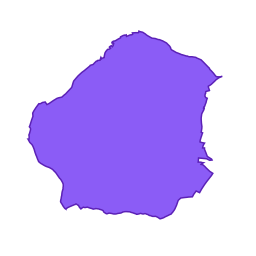 the district of Ludos, Sibiu, Romania, rotated 262°
{"feature_id": "2599482B73339255200359", "entity_name": "Ludos", "entity_type": "district", "adm_level": 2, "iso_a3": "ROU", "parent_name": "Romania", "parent_adm1": "Sibiu", "projection": "orthographic", "projection_center": [23.908, 45.934], "detail": "fine", "context": "isolated", "style": "filled", "palette": "violet", "viewbox_px": 256, "rotation_deg": 262, "n_neighbors": 0, "source": "geoboundaries", "source_scale": "gbopen_adm2", "svg_char_len": 5743}
<svg xmlns="http://www.w3.org/2000/svg" viewBox="0 0 256 256"><g transform="rotate(262 128 128)"><path d="M222.4,152.3L221.8,152.1L221.0,151.7L221.0,151.3L221.1,150.3L221.3,149.1L221.6,145.6L221.1,145.7L220.1,145.6L219.8,144.7L219.9,143.1L219.8,142.6L219.6,142.0L218.9,139.3L220.5,139.2L220.4,138.8L220.3,137.7L220.5,137.5L220.3,136.1L219.3,133.3L218.4,133.2L217.1,129.8L216.4,128.3L216.0,126.9L216.0,125.5L215.1,124.0L214.3,124.0L214.2,124.3L214.1,125.5L213.7,125.6L213.1,125.4L212.7,124.7L211.8,124.9L210.7,123.8L211.9,122.9L211.5,122.2L211.2,121.4L210.7,120.8L209.4,121.8L209.0,121.2L208.7,120.3L208.7,118.7L207.5,117.4L206.9,116.7L205.6,115.7L203.6,114.9L202.1,114.4L201.1,114.2L201.1,113.5L200.8,113.1L200.7,111.9L200.8,111.7L200.7,111.5L200.3,111.5L200.1,111.4L200.2,111.2L200.9,111.3L201.7,111.0L200.7,110.5L199.0,109.8L199.1,108.1L199.1,107.2L198.5,106.7L198.6,105.9L196.8,103.5L195.8,102.4L195.3,99.3L194.6,98.7L190.8,92.5L189.8,90.6L189.4,89.9L186.7,86.0L184.9,83.9L182.4,81.1L182.0,80.7L181.6,80.5L180.4,79.9L176.6,78.2L176.0,77.8L175.7,77.5L174.1,75.5L172.2,73.1L170.3,70.8L170.0,70.1L168.9,68.4L168.1,67.3L167.8,66.7L167.7,66.1L167.7,65.4L167.5,63.0L167.3,62.3L167.1,61.3L166.7,60.6L165.6,58.0L163.2,53.2L162.9,52.2L162.5,51.0L165.3,49.6L165.2,48.4L165.2,47.0L165.0,46.3L164.8,46.1L164.5,45.3L164.3,44.5L164.3,43.8L164.5,43.2L164.4,43.0L161.0,39.7L158.0,37.1L156.0,35.7L152.8,35.5L149.2,33.6L144.1,31.2L143.0,30.5L142.6,30.6L142.2,31.0L141.5,31.3L140.6,31.4L139.8,31.2L139.0,30.9L136.3,29.7L134.9,28.9L133.6,28.9L132.8,28.9L130.4,28.2L130.7,27.5L127.5,28.7L126.6,29.3L125.1,30.5L124.2,30.9L123.4,31.2L122.4,31.5L120.0,32.1L117.1,32.5L114.0,33.1L113.1,33.4L109.0,34.3L108.1,34.7L107.5,34.7L107.0,34.9L106.9,35.1L105.9,35.9L105.0,36.8L104.0,38.1L103.4,38.8L102.3,40.2L101.3,41.7L99.8,44.6L98.8,45.9L97.6,47.4L97.3,47.7L95.4,49.0L94.3,49.9L93.3,50.5L87.7,53.3L87.3,53.7L86.5,54.2L85.2,54.8L83.7,55.4L81.7,56.0L79.3,55.8L78.6,55.5L76.8,55.2L74.4,54.1L73.0,53.6L70.5,53.0L69.0,52.4L67.5,52.0L66.6,51.6L64.8,51.0L64.2,51.0L63.6,51.2L61.4,52.2L59.6,52.9L57.4,54.1L56.7,54.7L56.3,55.2L56.6,55.2L56.7,55.3L56.9,55.7L57.1,56.4L57.6,57.2L57.7,57.7L58.4,60.0L58.5,60.6L58.8,61.4L59.1,62.8L59.4,63.6L59.5,64.1L59.5,64.8L60.0,65.6L60.0,66.0L59.7,66.4L59.5,66.7L58.8,67.3L58.5,67.9L57.7,68.4L56.6,68.7L55.1,69.6L54.4,70.1L54.9,70.9L55.5,72.0L55.8,72.8L55.7,73.0L55.4,73.7L55.2,74.3L55.2,75.0L55.3,76.5L55.3,76.8L55.0,77.3L54.0,79.2L53.2,81.1L52.7,81.9L52.5,82.3L52.5,82.5L52.6,83.3L52.5,84.1L52.7,84.7L52.7,84.9L52.3,86.3L52.2,86.6L51.9,87.8L51.5,88.4L50.6,90.5L50.1,91.1L49.8,91.7L49.6,91.9L49.2,92.0L48.7,92.1L48.3,92.2L47.3,93.2L46.7,93.9L46.2,94.5L46.0,95.0L46.0,95.6L46.3,96.9L46.3,97.7L46.1,98.4L45.5,100.3L45.0,101.4L44.8,102.2L44.6,103.6L44.6,104.7L44.8,105.9L44.8,106.9L44.8,108.4L44.8,109.2L45.2,110.4L45.3,110.7L45.5,111.2L45.6,112.7L45.5,114.4L45.2,115.8L45.0,116.8L44.8,117.6L44.8,118.0L44.5,118.6L44.0,119.3L43.5,120.6L42.8,122.0L42.4,122.7L42.1,123.5L41.7,124.0L41.4,124.3L41.3,125.6L41.4,126.6L41.5,127.5L41.7,128.1L41.7,128.4L41.6,128.8L40.9,130.4L40.7,131.2L40.8,132.0L40.9,132.8L40.8,133.2L40.6,133.6L40.1,134.4L39.5,135.7L39.0,136.3L38.6,136.7L38.4,137.0L38.1,138.1L37.2,139.7L37.0,140.3L36.9,141.0L36.8,141.9L36.7,142.7L36.7,143.1L36.4,143.6L35.3,145.2L34.3,146.3L33.7,146.9L33.6,147.1L33.8,148.8L34.2,150.8L34.9,152.5L35.6,154.9L36.4,157.2L36.6,158.1L36.6,158.4L37.1,159.1L37.5,159.4L37.9,160.0L38.3,160.5L38.8,160.9L40.0,162.1L41.5,163.3L43.3,164.4L44.7,165.3L47.7,166.8L49.4,167.7L51.3,170.5L51.3,173.8L51.2,176.2L51.2,178.4L51.1,179.3L50.9,182.2L52.1,183.1L53.1,183.8L56.1,186.7L54.0,189.9L57.3,192.4L61.2,195.8L63.8,198.3L69.4,204.1L71.3,205.7L72.3,204.5L72.6,204.2L73.6,203.0L76.0,201.1L77.5,199.9L79.1,198.8L80.4,197.7L81.1,197.1L81.4,196.4L81.7,195.8L81.7,195.3L81.8,195.2L82.1,195.6L82.2,195.9L82.5,196.4L82.9,197.4L83.1,197.9L83.2,197.6L83.5,196.3L83.8,196.0L83.9,195.4L84.3,194.5L84.2,193.9L84.5,192.7L85.4,193.0L88.5,193.7L86.6,201.5L86.4,201.8L84.9,204.0L84.6,204.5L84.6,205.0L84.6,206.8L85.2,206.6L85.6,206.4L88.8,202.6L92.7,201.7L96.2,200.8L97.6,201.0L97.8,199.7L97.9,199.1L99.3,199.6L100.7,200.3L101.2,200.7L102.4,201.7L102.8,200.5L103.2,199.4L104.1,197.4L104.4,197.4L105.8,197.8L108.7,199.1L110.2,199.9L111.2,200.3L112.1,200.8L112.8,201.2L113.6,199.9L117.2,201.0L119.2,201.4L122.6,201.4L126.7,201.7L128.3,202.0L131.8,203.0L133.5,204.2L134.5,204.9L135.7,205.8L136.4,205.7L136.6,205.5L136.8,205.6L136.9,205.8L136.9,206.2L137.0,206.2L137.3,206.2L137.7,205.8L138.0,205.8L138.4,206.2L138.5,206.4L138.4,206.6L138.5,206.7L139.3,207.2L140.6,207.8L142.3,208.8L144.4,209.6L146.4,210.6L146.8,210.2L147.0,209.5L147.2,209.3L147.6,209.1L148.9,208.6L149.2,208.7L151.0,209.2L151.2,209.4L151.5,209.7L152.3,209.8L153.0,210.0L153.3,210.3L153.6,212.4L153.6,213.4L153.8,213.9L157.3,213.3L158.2,213.3L158.9,215.1L159.6,216.5L162.4,220.5L163.4,221.7L165.1,225.0L166.0,228.5L166.1,228.0L165.9,227.1L165.9,226.0L166.0,225.1L166.2,224.1L166.5,222.9L166.8,222.5L167.3,222.0L170.3,220.3L173.1,218.4L174.6,217.2L175.9,216.9L176.9,216.1L182.8,211.8L185.4,209.8L185.6,209.4L187.8,205.8L188.5,205.0L188.6,204.7L189.7,201.1L189.8,200.1L190.0,198.7L190.2,198.2L190.7,197.1L191.1,196.6L191.1,196.0L193.0,191.9L193.1,191.5L193.4,190.9L193.9,190.2L195.2,187.9L195.6,187.1L196.2,186.0L197.0,185.1L199.2,182.2L199.8,181.7L200.9,181.3L201.2,181.4L202.0,181.2L203.1,180.7L203.6,180.4L205.4,179.0L206.8,178.0L207.1,177.6L207.7,176.8L208.4,175.8L208.8,175.3L209.2,174.8L209.6,174.2L209.8,173.7L210.6,172.4L211.1,171.5L211.4,170.2L211.8,169.4L212.8,167.5L213.1,166.4L213.6,164.3L213.9,163.9L216.8,160.1L217.8,159.0L218.6,158.4L219.1,157.8L220.5,156.2L220.8,155.8L221.8,153.2L222.4,152.3Z" fill="#8b5cf6" stroke="#5b21b6" stroke-width="1.5"/></g></svg>